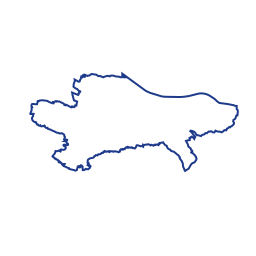 the district of Kota Bogor, Jawa Barat, Indonesia, rotated 290°
{"feature_id": "22746128B63896883204987", "entity_name": "Kota Bogor", "entity_type": "district", "adm_level": 2, "iso_a3": "IDN", "parent_name": "Indonesia", "parent_adm1": "Jawa Barat", "projection": "robinson", "projection_center": [106.783, -6.595], "detail": "fine", "context": "isolated", "style": "outline", "palette": "blue", "viewbox_px": 256, "rotation_deg": 290, "n_neighbors": 0, "source": "geoboundaries", "source_scale": "gbopen_adm2", "svg_char_len": 5773}
<svg xmlns="http://www.w3.org/2000/svg" viewBox="0 0 256 256"><g transform="rotate(290 128 128)"><path d="M114.6,30.5L114.5,30.9L113.8,30.6L111.5,31.4L107.9,31.3L107.8,31.5L107.9,32.3L109.0,33.9L109.0,34.5L107.9,34.4L106.8,34.7L104.4,34.3L102.8,35.4L102.2,36.3L101.7,37.9L101.6,38.9L102.0,39.2L101.9,39.8L101.2,40.1L100.6,41.0L100.2,41.3L100.5,42.0L100.0,42.6L99.7,43.7L100.6,44.6L99.9,45.7L99.9,46.1L100.5,46.9L100.7,47.7L101.7,48.6L101.5,49.1L100.9,49.3L100.4,50.0L100.1,51.0L100.3,52.0L100.6,52.3L99.8,53.0L100.0,56.0L99.7,57.0L99.6,60.3L99.2,62.4L99.6,64.3L99.4,65.5L99.6,65.7L99.8,66.6L100.3,67.1L100.5,67.8L99.9,70.3L98.4,71.1L98.3,71.6L97.7,71.9L95.6,71.8L96.1,74.9L95.9,75.0L95.4,74.9L94.8,74.3L95.1,73.9L94.0,72.9L94.4,74.5L92.9,75.6L92.7,76.8L92.1,77.3L91.5,77.3L90.8,76.3L90.7,74.4L90.5,73.7L89.9,73.2L89.3,73.5L89.0,75.4L88.3,76.2L87.9,76.4L86.8,76.3L85.5,75.2L84.9,72.4L84.6,72.0L84.4,71.9L83.4,72.7L82.8,72.6L83.1,70.7L81.9,69.4L81.6,67.8L78.9,67.9L75.6,66.7L75.4,66.8L75.3,67.9L74.9,68.1L74.6,69.8L74.4,69.8L74.4,70.3L74.1,70.3L74.0,70.9L74.3,70.9L74.1,71.9L73.7,73.4L72.1,74.7L72.2,76.1L72.4,76.2L72.9,75.8L72.6,76.6L71.9,78.2L71.2,78.4L71.5,79.7L72.2,79.9L72.5,80.8L72.0,80.8L70.6,79.9L70.2,80.5L70.2,83.0L69.9,85.7L70.1,85.9L70.1,86.3L69.4,86.7L70.0,91.8L69.9,93.1L71.0,94.3L74.5,94.0L74.5,95.3L75.1,94.9L75.4,95.0L74.9,96.2L75.0,96.5L76.2,96.2L76.9,96.5L76.9,97.1L76.2,98.6L75.1,98.8L74.3,99.4L73.0,99.8L73.1,100.5L73.6,101.3L75.2,102.3L75.2,103.5L75.7,104.8L76.4,105.0L77.2,105.7L79.2,105.9L79.5,105.4L78.9,104.8L78.9,104.3L79.3,102.8L79.6,103.0L79.7,103.6L80.0,103.5L80.4,103.7L80.8,102.8L81.2,102.9L81.3,102.5L81.7,102.6L81.8,101.8L84.1,101.2L84.7,101.3L86.5,102.7L88.2,105.5L89.0,106.0L90.2,106.1L90.6,106.8L91.5,107.0L91.7,107.5L91.8,108.7L93.2,109.1L93.6,110.5L94.2,111.2L95.5,111.7L95.9,112.9L96.8,112.9L97.2,113.1L97.3,113.7L98.4,113.8L98.4,114.1L98.0,114.3L98.2,115.6L98.9,116.4L98.9,117.2L99.7,117.8L100.0,118.6L99.8,118.8L99.3,118.6L99.1,118.8L100.1,119.8L100.7,120.8L100.8,121.8L100.6,122.3L101.3,122.9L101.8,124.1L101.8,125.1L102.1,126.3L102.0,127.5L103.0,128.4L103.2,128.1L104.5,128.1L105.6,128.6L105.8,129.1L105.5,129.7L105.7,130.1L106.1,129.6L106.4,129.9L107.0,131.7L107.0,132.1L108.1,132.2L108.6,132.9L109.3,132.9L109.5,133.5L109.4,134.1L109.8,134.2L110.0,133.9L110.2,134.1L109.6,135.0L110.3,135.5L110.3,137.0L110.6,137.8L111.0,137.8L111.2,138.3L111.1,138.7L110.8,139.2L110.8,139.7L111.2,140.7L111.1,141.4L112.5,142.0L114.4,142.0L114.9,142.3L115.1,143.3L115.2,146.1L115.8,147.0L115.6,148.6L117.5,147.9L117.5,149.2L118.6,150.4L118.8,151.5L119.6,152.3L119.7,153.2L119.4,155.2L120.2,155.6L120.1,157.1L120.4,157.4L120.2,158.2L121.5,158.8L121.7,159.2L121.5,159.7L122.1,160.2L122.4,161.4L122.3,162.5L122.9,162.7L123.3,162.0L123.7,162.2L123.4,162.8L123.9,163.1L124.1,162.8L124.8,163.0L124.9,163.4L125.9,164.8L126.0,165.9L126.4,166.0L124.8,168.4L124.4,170.6L123.0,171.6L122.1,173.3L122.1,175.1L121.3,175.9L121.4,176.3L121.2,176.9L121.4,179.1L120.3,182.4L119.9,183.0L119.8,184.1L118.8,186.1L118.2,186.4L118.0,186.8L117.6,186.7L117.0,187.2L115.2,190.0L114.4,190.5L113.8,191.4L110.4,193.1L108.4,195.2L107.6,195.6L107.2,196.3L110.6,198.9L115.3,199.7L117.1,200.6L118.0,201.8L118.9,202.4L121.5,203.0L122.9,202.8L123.8,201.8L124.3,201.6L124.7,200.7L125.3,200.2L126.0,198.3L126.4,198.0L126.5,196.0L126.7,195.7L128.3,196.4L128.6,196.2L128.8,195.8L128.7,195.4L129.1,194.7L130.3,193.8L131.1,191.2L133.3,189.6L135.7,186.9L136.7,188.2L137.7,190.1L139.0,189.5L139.7,189.9L139.9,189.4L141.7,190.8L140.9,193.4L140.4,194.0L141.3,194.1L141.6,193.8L142.6,194.2L142.8,193.2L143.3,193.2L144.1,191.5L145.2,190.4L145.3,189.7L145.8,189.1L146.3,187.6L147.0,187.9L147.2,190.9L146.5,192.9L145.4,194.0L145.0,194.8L145.4,199.4L146.9,200.0L148.1,201.9L149.7,202.5L150.1,203.9L151.9,204.8L152.4,205.2L152.5,206.2L153.3,207.0L153.4,207.5L153.0,209.0L153.1,210.2L153.6,210.8L155.4,211.1L155.3,212.6L155.5,214.4L156.0,215.5L156.0,217.6L158.1,219.0L158.9,219.2L159.2,219.6L159.3,221.0L160.3,221.3L161.1,221.1L162.2,222.2L163.3,222.6L163.6,223.7L164.3,223.7L165.1,224.8L167.7,226.1L168.6,226.0L169.3,225.7L170.1,224.6L171.6,224.3L173.3,225.5L174.6,225.7L175.7,225.5L177.1,225.7L177.3,226.5L181.0,225.6L182.4,224.9L183.0,223.6L185.9,222.6L185.4,220.9L185.6,219.7L184.6,213.5L182.8,205.4L183.1,203.8L185.1,198.9L186.3,193.8L186.6,191.0L186.4,188.1L185.7,185.2L184.6,182.8L178.8,174.2L176.4,169.7L174.9,166.3L171.0,155.0L169.8,151.4L169.2,148.7L168.6,136.7L168.9,132.7L169.5,130.2L177.1,104.1L176.4,104.4L175.7,104.4L175.4,105.2L175.6,105.8L175.0,106.7L174.6,107.7L174.1,106.2L174.0,105.1L173.3,104.3L173.2,103.9L173.1,102.1L172.2,98.4L172.2,96.3L171.3,93.8L170.3,93.3L170.1,91.2L169.7,90.4L167.8,87.9L167.2,87.5L167.2,85.0L167.5,84.3L166.7,82.8L166.7,81.6L167.3,80.2L166.3,75.3L164.1,73.7L163.4,72.4L163.0,72.1L163.3,69.6L163.2,68.5L162.8,68.1L162.1,69.5L161.5,70.0L161.2,69.8L161.1,67.2L160.6,66.4L160.1,66.5L159.9,67.7L159.6,67.5L159.5,66.7L157.5,66.7L156.6,66.5L155.4,66.7L155.1,66.5L154.6,65.7L154.6,65.3L154.9,64.3L155.3,61.3L154.0,62.0L150.9,61.9L148.1,62.7L147.3,65.2L147.2,67.0L146.1,68.9L146.1,70.1L145.6,70.0L145.5,70.6L144.4,70.3L143.9,69.8L143.5,69.9L143.1,69.7L142.5,70.1L142.0,69.8L142.2,63.4L140.0,64.6L137.2,66.6L136.8,66.7L135.8,67.8L135.5,67.9L135.5,71.1L131.4,71.8L131.3,70.7L129.4,70.5L129.4,69.3L128.8,69.0L129.1,68.0L128.0,67.6L128.7,62.0L128.0,61.7L127.9,60.8L127.9,60.4L128.5,60.3L128.9,58.9L129.4,54.4L129.0,53.3L129.0,52.1L128.3,51.6L128.5,51.1L128.4,50.7L127.4,50.0L126.9,49.3L126.7,47.8L126.0,49.6L125.6,49.5L125.5,49.1L125.4,45.8L125.6,44.0L125.9,43.0L124.8,38.0L123.6,35.6L123.1,35.1L122.6,35.0L122.4,34.0L119.3,34.4L118.7,33.0L118.1,30.4L117.6,29.6L116.2,29.5L115.7,29.7L115.1,30.4L114.6,30.5Z" fill="none" stroke="#1e3a8a" stroke-width="2"/></g></svg>